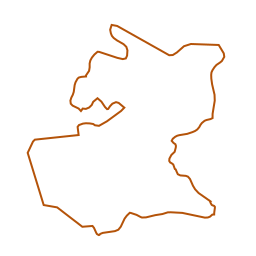 Cotabato, Albers equal-area conic projection, rotated 85°
{"feature_id": "PHL-2579", "entity_name": "Cotabato", "entity_type": "Province", "adm_level": 1, "iso_a3": "PHL", "parent_name": "Philippines", "parent_adm1": "", "projection": "albers", "projection_center": [124.847, 7.21], "detail": "fine", "context": "isolated", "style": "outline", "palette": "amber", "viewbox_px": 256, "rotation_deg": 85, "n_neighbors": 0, "source": "natural_earth", "source_scale": "10m", "svg_char_len": 2163}
<svg xmlns="http://www.w3.org/2000/svg" viewBox="0 0 256 256"><g transform="rotate(85 128 128)"><path d="M65.5,25.9L69.4,28.6L70.6,30.3L72.9,34.4L75.0,36.6L77.8,38.8L79.9,40.0L82.4,40.5L86.0,40.7L91.8,40.4L102.4,38.9L108.3,39.2L121.3,42.5L125.5,42.9L126.3,45.0L126.9,49.2L127.5,51.1L129.5,54.0L131.3,55.6L133.3,56.9L135.5,59.1L136.8,61.4L137.7,64.1L139.0,69.5L139.6,77.5L140.0,79.7L140.9,81.8L142.6,84.3L144.6,85.6L146.8,84.0L148.3,82.2L150.0,81.8L151.6,82.1L155.8,83.6L158.6,87.1L162.1,89.4L164.4,89.8L166.0,89.0L167.0,87.5L168.3,86.1L172.9,84.9L173.4,84.1L175.9,83.3L178.4,82.4L179.8,80.0L180.7,74.6L181.7,72.5L184.2,70.7L191.2,68.3L194.9,66.5L199.0,63.3L208.2,52.3L208.4,52.7L210.2,52.1L211.9,51.3L212.4,50.6L212.7,49.8L213.2,48.9L214.2,48.3L215.5,48.5L220.0,49.5L221.7,49.7L221.7,49.8L221.6,51.5L223.5,54.1L224.1,56.3L224.0,59.2L217.3,81.3L215.7,92.6L215.5,95.7L216.7,101.2L217.2,108.5L218.6,117.8L218.4,121.9L217.7,123.3L215.3,127.0L213.0,132.3L212.6,133.6L215.2,136.8L218.0,139.3L225.7,143.8L228.5,146.5L229.6,150.0L230.3,162.3L231.1,164.9L232.0,165.8L232.1,166.5L230.9,168.2L229.6,168.8L224.5,170.6L223.3,171.4L222.5,171.9L222.4,182.1L200.9,205.5L197.4,218.7L144.0,230.1L133.2,223.8L131.5,221.8L130.7,177.8L122.5,178.1L120.8,176.6L119.7,172.5L119.6,169.5L120.1,165.7L121.0,162.3L122.4,160.7L123.3,156.7L119.5,148.4L111.5,135.2L111.2,134.7L110.5,133.5L107.4,129.9L102.2,135.1L101.2,137.7L102.4,141.4L104.7,144.0L107.3,146.1L107.4,147.2L105.3,148.9L105.2,149.0L99.4,152.2L99.3,152.3L95.7,155.8L98.9,160.4L101.9,162.1L104.2,164.9L105.3,168.3L104.7,171.5L105.9,172.4L107.0,173.4L104.3,175.5L100.9,181.2L98.8,182.9L98.7,182.9L95.7,183.0L92.8,181.8L90.1,180.1L87.3,178.9L80.6,177.4L77.9,176.3L74.5,174.0L73.5,172.7L73.2,171.3L73.0,169.8L73.0,165.3L72.0,165.3L67.7,161.8L64.2,160.9L60.4,160.6L57.4,159.6L54.7,157.8L51.9,155.1L49.4,151.7L49.7,150.0L57.2,132.5L58.9,127.2L58.5,124.1L55.8,122.6L50.6,121.8L47.0,122.6L44.1,125.1L39.8,131.3L37.1,134.4L35.4,135.6L34.8,136.0L32.2,136.8L28.6,137.2L26.8,136.5L23.9,135.3L25.4,129.9L59.1,80.6L59.2,77.0L57.0,72.7L51.4,65.1L49.8,58.0L53.2,30.4L62.0,26.1L65.5,25.9Z" fill="none" stroke="#b45309" stroke-width="2"/></g></svg>